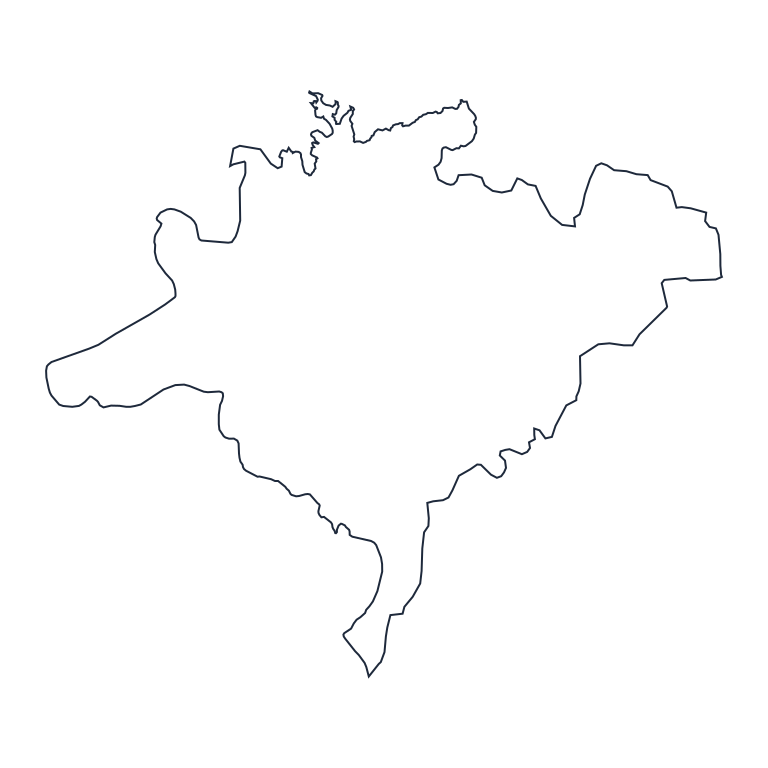 Al-Qusayr, Homs (Hims), Syria
{"feature_id": "27442178B51656539269606", "entity_name": "Al-Qusayr", "entity_type": "district", "adm_level": 2, "iso_a3": "SYR", "parent_name": "Syria", "parent_adm1": "Homs (Hims)", "projection": "orthographic", "projection_center": [36.533, 34.512], "detail": "fine", "context": "isolated", "style": "outline", "palette": "slate", "viewbox_px": 768, "rotation_deg": 0, "n_neighbors": 0, "source": "geoboundaries", "source_scale": "gbopen_adm2", "svg_char_len": 6096}
<svg xmlns="http://www.w3.org/2000/svg" viewBox="0 0 768 768"><path d="M230.1,166.1L233.4,164.3L244.4,161.6L245.3,162.8L245.4,172.8L244.9,175.3L239.7,187.9L240.2,220.6L237.6,231.2L235.6,236.6L231.8,242.1L228.3,242.7L201.4,240.5L199.5,239.4L198.6,237.6L196.1,225.0L194.1,221.4L190.7,217.9L180.8,211.7L174.4,209.4L170.6,208.9L167.1,209.4L160.5,212.6L157.1,217.1L156.7,218.5L157.1,220.0L161.4,223.6L160.6,226.3L155.5,234.7L154.8,237.0L154.3,242.1L155.2,245.0L154.8,252.0L156.4,259.1L158.2,263.3L165.5,273.3L172.1,280.5L173.8,284.1L175.2,289.6L175.5,293.6L175.5,296.0L174.9,297.2L165.1,304.5L149.5,314.6L115.7,333.8L98.4,344.8L89.2,348.6L51.5,362.0L48.4,364.5L46.9,366.3L46.1,370.7L46.4,377.5L48.7,388.6L49.9,392.6L51.5,395.6L59.2,404.6L63.2,406.0L72.3,406.8L79.0,405.9L81.5,404.5L85.0,401.8L89.9,396.5L91.6,396.8L96.9,400.7L98.0,401.9L99.8,405.3L103.5,407.4L111.1,405.6L119.5,405.8L126.2,406.8L130.3,406.8L134.9,406.0L140.8,404.5L163.5,389.5L175.3,385.1L184.1,384.6L189.4,386.0L203.8,391.7L207.9,392.2L219.2,391.5L221.5,392.2L222.8,393.3L223.1,396.2L222.0,400.9L220.1,404.8L218.8,414.6L218.8,424.2L219.4,429.7L223.7,436.2L225.4,437.5L229.1,438.7L233.9,438.6L237.3,440.6L238.6,443.4L239.0,453.5L239.5,457.7L240.4,461.6L242.6,464.7L243.0,467.1L244.0,469.0L246.0,470.7L257.5,476.7L259.6,476.5L271.1,479.2L275.0,481.0L278.1,481.0L285.3,486.8L286.6,488.7L288.9,490.7L290.4,493.8L291.6,494.9L296.1,496.3L299.1,496.0L305.1,494.3L307.7,494.0L309.9,494.4L317.4,503.0L319.2,504.4L319.7,505.6L318.4,511.2L318.5,512.9L319.4,514.9L321.4,517.3L324.0,516.9L331.0,522.4L332.1,524.2L332.5,527.2L333.4,529.2L334.5,530.6L335.3,533.1L336.0,533.2L336.9,532.1L336.9,529.8L338.6,525.6L340.9,523.7L341.9,523.9L344.9,525.4L345.9,527.0L349.1,529.8L349.6,531.5L349.7,534.9L352.3,536.7L371.1,541.0L374.2,542.7L376.2,545.1L381.0,557.4L382.1,564.0L382.2,571.6L377.4,591.1L372.9,601.4L369.4,606.3L366.2,609.8L365.1,613.0L360.4,617.2L356.6,619.7L353.8,623.4L351.1,628.6L344.2,633.2L343.4,634.6L343.8,636.6L345.3,638.8L355.1,651.2L358.8,655.0L364.6,662.9L366.3,667.0L368.8,676.5L378.8,663.9L380.8,662.1L384.5,652.1L385.9,636.4L387.3,627.5L390.4,615.1L402.6,613.7L404.4,606.8L412.7,596.8L420.2,583.5L421.6,571.0L422.3,548.5L424.1,532.3L428.4,526.0L428.8,518.3L427.3,502.9L433.2,501.3L443.0,500.2L448.5,497.5L452.4,490.4L458.9,475.8L470.3,469.3L477.2,464.5L480.9,464.8L491.0,474.7L496.9,477.8L501.2,476.2L504.0,472.4L506.0,467.9L505.0,460.6L499.8,455.5L500.6,451.4L505.3,449.9L509.5,449.2L521.9,454.2L527.2,451.9L530.0,448.0L529.0,442.3L534.9,439.2L534.3,435.1L534.2,428.5L539.5,430.3L545.4,438.4L551.9,436.9L555.5,425.9L566.3,405.4L576.3,400.2L576.4,396.4L578.7,391.3L580.5,383.5L580.0,356.2L598.3,344.3L609.5,343.3L623.6,345.3L632.5,345.3L639.5,334.3L666.6,307.7L667.1,306.5L661.7,283.2L664.3,279.9L685.6,278.0L690.3,280.5L715.7,279.5L721.9,276.9L721.1,274.9L720.4,265.8L720.3,254.1L718.5,234.8L715.9,228.4L709.5,226.9L705.1,221.1L706.2,212.6L690.7,208.3L681.8,207.1L676.5,207.7L671.8,191.3L667.7,186.6L650.6,180.1L647.7,175.1L636.4,174.2L626.4,171.2L614.1,170.2L607.0,165.3L601.3,163.3L596.1,165.8L590.0,178.8L584.8,194.5L582.7,205.1L579.7,214.3L574.1,217.9L575.0,226.4L562.1,224.9L550.8,215.8L540.8,198.4L535.6,185.9L527.9,184.4L521.8,180.0L517.3,178.4L511.3,190.5L501.8,192.5L492.7,190.9L484.7,185.3L481.7,177.7L471.5,174.5L458.6,175.2L456.7,180.8L453.6,184.2L450.6,184.8L446.6,183.8L438.4,179.5L434.4,167.4L438.5,164.7L440.6,161.8L441.6,158.1L441.8,150.5L442.5,148.5L443.7,147.6L445.9,147.2L451.3,149.9L452.7,150.1L456.4,148.2L458.9,148.4L460.9,145.7L463.6,146.3L465.5,146.0L471.9,141.2L473.7,138.6L474.9,134.6L476.1,132.9L476.3,126.8L474.8,124.7L473.9,121.9L475.8,119.2L475.9,117.8L475.3,116.0L474.2,114.2L468.9,108.6L466.7,101.6L463.3,101.8L461.8,100.0L460.7,100.2L460.8,103.4L458.9,104.9L458.5,106.9L457.0,108.8L455.3,108.9L452.2,107.4L448.0,108.0L444.2,107.8L443.1,108.5L442.5,111.0L440.5,113.0L437.7,113.3L436.8,112.0L435.6,111.6L432.8,113.0L427.9,112.9L425.9,114.2L423.2,114.8L421.4,116.6L419.2,117.2L417.7,119.3L415.8,120.2L414.9,121.9L412.6,122.8L408.9,125.6L405.6,125.6L403.0,126.3L402.2,125.4L402.5,123.1L399.9,123.1L398.0,124.1L395.9,124.3L393.1,125.4L392.4,127.1L390.9,128.1L390.2,130.5L388.7,130.2L385.9,128.6L382.5,130.4L378.0,129.3L374.7,132.1L373.4,135.4L371.7,135.9L371.4,137.3L370.2,138.6L369.6,140.2L366.9,140.9L365.9,141.9L363.1,142.9L359.9,141.4L356.3,141.5L354.7,142.1L353.8,141.3L354.2,139.1L353.6,136.6L354.3,134.4L351.6,125.9L352.4,123.8L350.3,121.0L349.9,119.5L350.3,117.8L352.8,114.0L352.8,111.3L354.1,109.4L353.2,107.8L350.3,106.5L351.2,109.8L348.5,110.8L347.4,112.8L343.6,115.8L341.6,118.6L339.8,123.8L336.2,124.0L335.9,123.0L336.3,121.9L334.6,119.8L334.6,117.8L332.4,116.4L332.8,114.1L334.9,114.7L336.2,113.4L336.7,110.1L338.5,107.0L338.6,106.0L337.8,104.4L337.9,102.9L337.5,102.0L335.5,101.2L335.7,102.9L335.3,104.3L332.6,106.8L329.8,105.5L326.0,104.9L323.2,103.2L321.3,100.5L321.1,98.2L322.5,95.9L322.2,95.0L318.2,93.2L312.5,93.4L309.5,91.5L309.1,92.6L309.3,93.0L316.1,96.1L317.8,99.7L317.6,100.7L316.3,102.5L315.9,101.1L314.3,101.0L313.7,101.4L313.7,102.6L313.2,103.3L310.9,103.1L314.6,107.8L316.2,107.3L317.2,107.9L317.1,108.7L315.6,109.3L315.1,110.5L315.5,114.9L316.0,116.4L317.2,117.1L321.1,117.8L323.3,116.5L324.0,118.7L326.0,119.9L329.6,123.8L332.2,128.5L332.7,130.6L332.7,132.8L332.0,134.0L328.3,136.5L326.8,137.0L325.3,136.3L321.9,132.7L319.7,131.8L317.6,130.2L312.3,132.2L311.3,133.4L311.0,134.7L311.5,135.9L314.3,137.8L315.2,140.6L318.6,143.1L317.9,143.8L313.2,142.4L312.1,143.1L312.7,145.0L314.3,147.1L311.6,147.9L311.9,149.5L310.8,152.9L310.8,154.0L312.1,155.3L317.1,157.6L317.5,158.3L316.0,159.2L316.3,161.4L314.7,163.6L315.5,168.5L314.4,169.5L313.7,171.4L312.3,172.7L310.9,175.1L309.2,175.4L308.5,174.0L306.5,173.5L304.7,172.1L302.5,164.8L302.3,161.2L301.0,157.1L301.0,154.5L300.4,153.1L298.7,151.9L295.5,151.6L292.8,153.0L292.7,151.9L291.4,151.6L288.7,147.8L286.8,151.7L283.0,150.2L282.2,150.5L281.1,151.9L279.3,156.5L279.8,157.3L282.3,158.2L281.6,166.6L277.7,168.2L270.8,163.6L260.4,149.3L239.8,145.8L233.4,148.6L230.1,166.1Z" fill="none" stroke="#1e293b" stroke-width="2"/></svg>